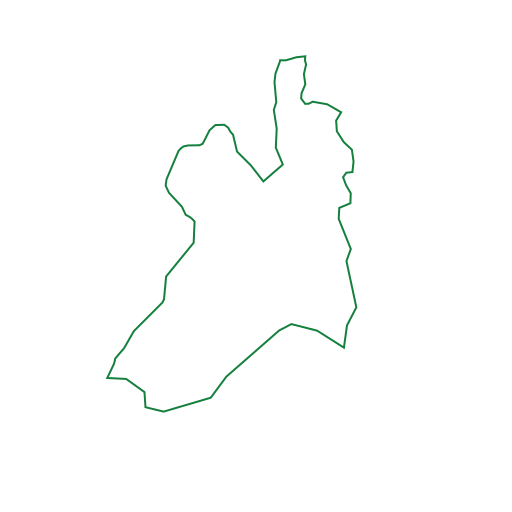 the border of Nógrád, rotated 308°
{"feature_id": "HUN-3166", "entity_name": "Nógrád", "entity_type": "County", "adm_level": 1, "iso_a3": "HUN", "parent_name": "Hungary", "parent_adm1": "", "projection": "mercator", "projection_center": [19.65, 47.967], "detail": "fine", "context": "isolated", "style": "outline", "palette": "green", "viewbox_px": 512, "rotation_deg": 308, "n_neighbors": 0, "source": "natural_earth", "source_scale": "10m", "svg_char_len": 1226}
<svg xmlns="http://www.w3.org/2000/svg" viewBox="0 0 512 512"><g transform="rotate(308 256 256)"><path d="M382.1,180.1L389.7,177.3L404.3,163.6L411.8,159.0L424.0,155.1L425.1,154.5L428.5,159.0L437.5,165.5L443.7,171.9L440.4,174.0L437.8,177.5L428.8,181.8L421.6,189.2L412.3,191.7L407.9,194.6L406.2,201.1L408.5,203.8L412.5,205.7L419.4,218.7L421.7,234.6L412.0,235.8L404.1,242.9L399.8,255.0L398.8,266.1L390.5,274.7L381.5,280.3L377.2,275.9L371.7,276.1L367.2,283.5L363.8,292.0L355.7,297.9L345.2,292.0L336.2,298.3L319.9,326.4L307.7,330.4L277.3,366.7L257.4,370.4L237.9,381.7L234.8,350.1L224.1,325.8L211.6,320.1L142.6,306.9L116.5,307.6L76.5,279.0L68.8,262.0L80.1,251.9L79.2,229.4L68.3,213.9L83.9,210.4L88.6,208.2L95.9,208.5L102.2,208.8L121.6,206.0L161.6,210.9L165.2,210.2L184.5,197.8L228.1,198.7L245.3,186.4L245.8,183.9L246.0,181.3L245.8,178.7L245.3,176.0L245.2,175.7L245.2,175.4L245.2,175.2L245.3,175.0L249.2,167.3L252.2,148.6L255.8,141.5L261.3,138.3L291.0,130.3L294.5,130.5L297.7,131.4L301.4,134.5L308.4,143.2L311.6,144.9L326.5,142.0L334.1,143.3L339.9,150.3L340.0,155.0L338.2,159.2L337.4,163.3L326.6,176.8L324.2,196.4L319.3,215.9L344.6,220.8L353.6,204.9L369.1,193.9L382.1,180.1Z" fill="none" stroke="#15803d" stroke-width="2"/></g></svg>